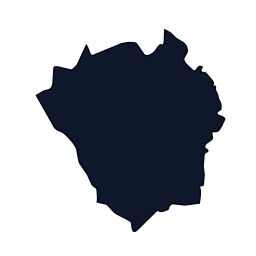 outline of Tiaret, rotated 97°
{"feature_id": "DZA-2205", "entity_name": "Tiaret", "entity_type": "Province", "adm_level": 1, "iso_a3": "DZA", "parent_name": "Algeria", "parent_adm1": "", "projection": "albers", "projection_center": [1.387, 34.879], "detail": "fine", "context": "isolated", "style": "filled", "palette": "ink", "viewbox_px": 256, "rotation_deg": 97, "n_neighbors": 0, "source": "natural_earth", "source_scale": "10m", "svg_char_len": 2249}
<svg xmlns="http://www.w3.org/2000/svg" viewBox="0 0 256 256"><g transform="rotate(97 128 128)"><path d="M107.9,33.2L109.1,33.6L110.5,34.3L113.0,34.8L118.4,37.2L119.6,38.1L120.4,39.1L120.8,40.3L121.2,43.0L121.8,44.3L122.7,44.5L124.0,44.1L125.8,43.4L128.1,43.0L129.8,44.1L132.9,47.7L135.3,49.5L137.6,49.8L138.9,49.1L140.0,46.7L140.8,46.0L141.5,46.2L142.1,46.9L142.6,47.9L143.2,48.5L144.3,49.1L145.8,49.3L156.7,48.8L165.2,46.8L174.8,46.4L175.8,46.9L176.3,48.0L176.4,49.2L176.8,50.0L177.7,50.0L180.9,48.7L185.3,48.1L193.8,48.1L197.4,62.2L197.6,75.0L198.2,75.9L198.9,76.6L200.7,77.6L201.5,77.9L203.3,78.2L204.0,78.7L204.6,79.8L206.0,82.6L206.5,84.1L206.8,85.8L206.3,87.3L206.2,88.6L206.6,89.5L207.3,90.2L228.3,106.8L229.5,108.2L229.8,109.5L229.1,110.5L227.6,111.3L220.9,113.2L220.6,113.4L219.1,116.6L214.7,128.5L212.7,132.0L206.2,139.6L205.1,149.4L201.0,149.6L193.6,151.0L191.9,151.6L191.1,152.4L190.4,154.1L189.6,155.4L188.1,157.0L179.2,162.4L169.0,171.4L166.8,172.6L154.7,176.4L152.2,178.2L148.7,181.2L143.6,187.0L141.1,190.4L139.6,193.6L139.0,196.0L137.9,198.9L136.4,200.9L106.8,222.8L101.7,216.1L99.7,211.3L98.6,209.5L96.7,208.4L93.0,207.8L78.1,208.7L76.6,208.4L76.1,207.1L76.0,205.1L77.5,191.1L75.8,189.2L71.9,186.1L51.1,179.4L52.9,178.1L58.8,174.9L59.8,174.1L60.4,173.2L60.6,172.5L60.7,172.2L45.1,144.5L43.2,138.3L42.8,134.6L42.7,132.1L42.9,130.5L44.1,129.2L53.0,121.3L53.9,119.8L54.1,118.6L53.8,116.9L53.1,115.5L51.2,112.8L49.6,111.3L47.7,109.9L44.4,108.3L42.1,106.8L41.8,106.4L41.6,106.0L41.5,105.7L41.5,103.1L38.9,102.4L26.2,103.4L28.3,97.8L33.3,91.2L35.9,85.1L37.0,83.0L38.3,81.3L39.7,80.3L41.0,79.5L42.4,79.0L43.8,78.6L44.7,78.6L46.2,78.9L49.6,80.2L51.0,80.9L52.3,81.2L53.7,81.0L55.9,79.8L57.7,77.9L62.2,71.9L63.2,69.9L63.5,68.6L62.8,67.8L59.5,65.8L58.5,64.8L58.0,64.1L58.5,61.9L60.4,62.5L61.4,62.7L62.1,62.8L62.9,62.5L63.6,61.9L63.9,60.6L63.7,58.8L63.9,58.0L64.5,57.0L71.1,49.8L72.1,49.1L72.9,48.8L74.0,48.7L74.8,49.0L75.3,49.3L75.9,49.9L76.3,50.2L76.6,50.2L77.2,49.9L77.1,49.0L76.4,48.2L75.9,47.4L76.0,46.6L76.7,46.2L79.5,46.1L84.0,43.2L87.6,42.0L92.6,39.0L94.6,38.4L98.3,38.2L100.6,41.1L101.6,41.5L102.8,41.7L103.8,41.0L104.4,39.8L105.2,36.4L105.8,34.7L106.7,33.4L107.9,33.2Z" fill="#0f172a" stroke="#020617" stroke-width="1.5"/></g></svg>